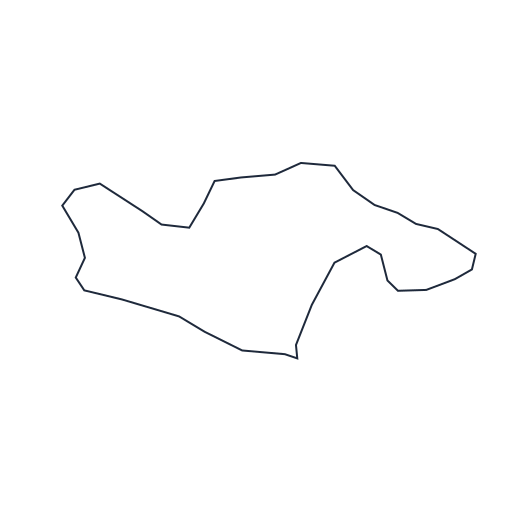 Vellinge, Skåne, Sweden, rotated 211°
{"feature_id": "70781695B48074135992982", "entity_name": "Vellinge", "entity_type": "district", "adm_level": 2, "iso_a3": "SWE", "parent_name": "Sweden", "parent_adm1": "Skåne", "projection": "robinson", "projection_center": [13.015, 55.472], "detail": "fine", "context": "isolated", "style": "outline", "palette": "slate", "viewbox_px": 512, "rotation_deg": 211, "n_neighbors": 0, "source": "geoboundaries", "source_scale": "gbopen_adm2", "svg_char_len": 654}
<svg xmlns="http://www.w3.org/2000/svg" viewBox="0 0 512 512"><g transform="rotate(211 256 256)"><path d="M235.0,373.9L265.4,358.9L281.6,335.6L309.3,315.6L330.1,299.0L327.8,274.1L327.8,245.9L353.2,234.3L376.3,235.9L427.2,237.6L445.7,219.3L446.1,216.0L448.0,199.4L420.2,184.5L401.7,166.3L399.4,144.7L388.4,139.5L385.5,138.1L348.6,149.7L290.8,164.6L260.8,164.6L219.2,167.9L180.7,186.7L167.9,189.5L175.9,200.3L183.0,242.9L185.3,290.7L166.3,321.5L149.7,321.5L130.7,302.7L116.4,299.3L92.6,314.6L73.6,338.6L64.0,355.7L68.8,371.0L114.0,372.8L135.4,365.9L156.8,365.9L180.6,360.8L206.7,362.5L235.0,373.9Z" fill="none" stroke="#1e293b" stroke-width="2"/></g></svg>